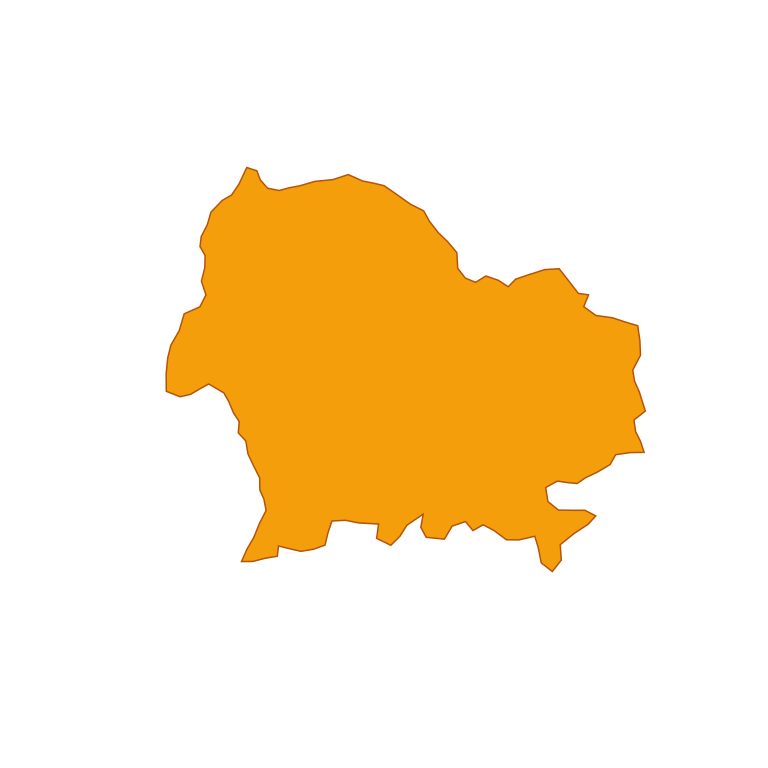 the district of Paraí, Rio Grande do Sul, Brazil, rotated 227°
{"feature_id": "56859067B73323453228912", "entity_name": "Paraí", "entity_type": "district", "adm_level": 2, "iso_a3": "BRA", "parent_name": "Brazil", "parent_adm1": "Rio Grande do Sul", "projection": "robinson", "projection_center": [-51.795, -28.595], "detail": "fine", "context": "isolated", "style": "filled", "palette": "amber", "viewbox_px": 768, "rotation_deg": 227, "n_neighbors": 0, "source": "geoboundaries", "source_scale": "gbopen_adm2", "svg_char_len": 1827}
<svg xmlns="http://www.w3.org/2000/svg" viewBox="0 0 768 768"><g transform="rotate(227 384 384)"><path d="M230.1,591.2L241.3,600.8L253.6,609.3L265.5,602.3L276.7,596.2L289.6,585.7L304.3,582.8L309.7,594.4L317.8,587.9L333.3,589.4L348.9,590.7L358.1,579.5L364.8,565.3L370.9,551.7L370.4,541.2L382.0,538.3L393.5,532.2L395.9,520.3L406.0,515.7L418.3,516.8L430.5,526.9L444.6,527.6L457.7,526.9L472.1,528.2L483.5,531.1L497.3,526.0L514.2,522.5L529.0,519.3L537.6,513.6L547.1,506.8L561.6,500.6L568.4,485.9L579.4,471.5L586.5,457.4L592.2,448.4L597.1,439.2L606.6,432.4L617.6,432.7L626.6,436.4L635.9,431.3L629.2,414.5L626.2,401.5L628.6,390.8L627.7,374.6L621.0,363.4L616.5,350.9L610.0,343.2L599.9,340.8L591.3,332.3L583.7,320.6L570.6,314.5L566.0,302.0L571.6,285.8L562.6,270.4L557.8,254.7L550.5,243.5L540.0,231.6L527.1,219.8L513.7,226.2L508.3,235.6L506.1,245.7L503.6,255.8L486.8,260.8L477.3,258.6L465.4,254.2L455.3,252.5L447.6,244.1L436.6,244.1L425.4,236.7L412.6,232.7L400.1,229.0L391.1,220.9L381.6,217.6L371.9,211.5L367.0,197.9L360.5,183.9L356.6,170.9L351.3,158.7L343.7,167.0L337.5,178.4L330.8,188.5L337.5,196.4L329.7,201.4L318.3,209.1L311.2,219.8L306.4,231.0L313.5,241.7L319.3,252.5L310.7,262.8L299.7,270.7L285.3,284.5L276.1,273.3L261.4,279.0L261.8,291.9L265.1,304.4L262.1,323.9L254.1,313.2L243.1,310.3L229.3,322.4L233.6,336.9L227.8,349.8L216.2,349.1L213.4,360.5L201.9,364.5L186.6,367.3L178.0,376.3L169.8,390.4L159.3,385.3L145.9,377.0L132.1,379.2L134.3,393.6L146.3,403.3L145.0,421.3L142.2,437.5L143.1,448.9L154.5,444.9L163.3,435.5L172.8,425.6L186.2,423.7L198.0,431.6L194.8,444.5L186.6,451.1L179.5,457.4L178.0,467.5L174.1,479.8L170.9,494.5L174.3,505.2L166.1,517.1L156.6,527.6L167.4,532.6L177.5,535.5L187.2,542.3L186.0,556.7L195.7,561.3L204.0,565.3L215.3,569.2L224.5,575.4L230.1,591.2Z" fill="#f59e0b" stroke="#b45309" stroke-width="1.5"/></g></svg>